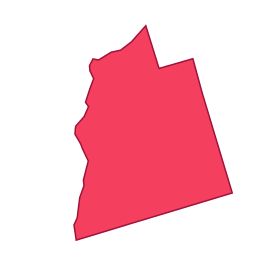 the district of Peoria, Illinois, United States of America, rotated 163°
{"feature_id": "52423323B20923999353099", "entity_name": "Peoria", "entity_type": "district", "adm_level": 2, "iso_a3": "USA", "parent_name": "United States of America", "parent_adm1": "Illinois", "projection": "albers", "projection_center": [-89.674, 40.744], "detail": "fine", "context": "isolated", "style": "filled", "palette": "rose", "viewbox_px": 256, "rotation_deg": 163, "n_neighbors": 0, "source": "geoboundaries", "source_scale": "gbopen_adm2", "svg_char_len": 540}
<svg xmlns="http://www.w3.org/2000/svg" viewBox="0 0 256 256"><g transform="rotate(163 128 128)"><path d="M46.8,140.6L45.7,175.3L80.9,175.9L81.1,220.6L99.5,209.4L112.3,204.6L121.9,205.4L136.2,201.7L141.3,204.3L146.6,198.9L147.7,194.0L146.4,185.2L153.1,176.5L161.1,165.0L159.5,160.0L166.6,151.7L177.2,145.2L178.2,143.5L178.4,143.1L180.5,137.6L177.9,126.6L177.6,121.4L175.6,108.1L185.9,91.2L186.9,85.8L194.6,75.4L202.9,56.8L208.0,51.1L210.3,35.9L152.4,35.8L47.3,35.4L46.8,140.6Z" fill="#f43f5e" stroke="#9f1239" stroke-width="1.5"/></g></svg>